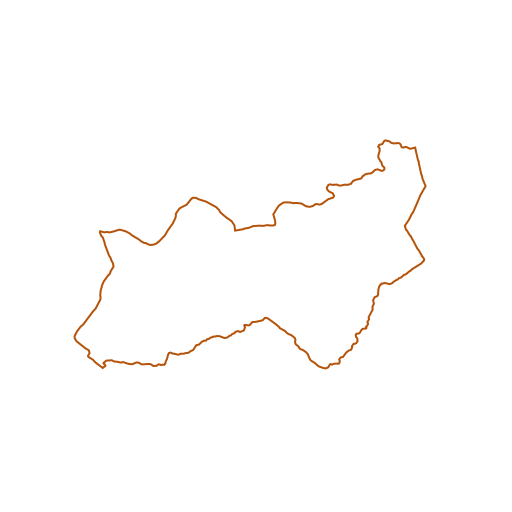 Esquipulas, Chiquimula, Guatemala (orthographic projection), rotated 31°
{"feature_id": "79465075B80702943511797", "entity_name": "Esquipulas", "entity_type": "district", "adm_level": 2, "iso_a3": "GTM", "parent_name": "Guatemala", "parent_adm1": "Chiquimula", "projection": "orthographic", "projection_center": [-89.268, 14.632], "detail": "fine", "context": "isolated", "style": "outline", "palette": "amber", "viewbox_px": 512, "rotation_deg": 31, "n_neighbors": 0, "source": "geoboundaries", "source_scale": "gbopen_adm2", "svg_char_len": 5895}
<svg xmlns="http://www.w3.org/2000/svg" viewBox="0 0 512 512"><g transform="rotate(31 256 256)"><path d="M304.4,97.2L304.5,97.7L304.4,98.6L304.4,99.3L305.2,99.7L305.7,99.7L306.2,99.9L306.7,100.4L307.3,101.4L307.7,101.9L307.9,102.4L308.2,103.6L308.5,104.6L308.8,105.9L309.2,107.0L309.7,108.0L310.3,108.6L311.4,109.3L312.7,110.0L313.2,110.3L313.7,110.7L314.8,110.9L315.6,111.4L316.2,112.1L316.6,112.5L317.1,112.9L317.6,113.3L318.1,113.6L318.6,113.7L319.5,113.9L320.4,114.1L321.0,114.8L321.3,115.5L321.3,116.0L321.2,116.6L320.9,117.2L320.6,117.7L320.0,118.2L319.4,118.5L318.8,118.6L318.2,118.6L317.6,118.7L316.6,118.8L316.0,119.0L315.4,119.3L314.8,119.8L314.1,120.5L313.5,121.4L313.2,122.7L313.0,123.8L312.5,124.9L312.0,125.9L311.5,126.4L310.0,127.4L309.0,128.3L308.6,128.7L307.9,129.3L307.5,130.0L307.2,130.9L307.0,131.4L306.8,131.9L306.3,132.5L306.3,135.3L302.2,139.4L300.6,141.6L300.1,145.4L297.9,147.8L295.1,149.3L292.4,152.0L290.7,152.9L288.6,153.1L284.8,155.7L282.3,156.6L281.4,157.9L281.6,161.2L283.1,162.5L285.4,163.1L289.3,162.7L291.9,164.2L292.1,165.0L291.9,166.4L288.7,170.0L285.5,177.6L284.1,179.2L282.6,179.7L280.4,180.7L279.0,183.9L276.7,186.2L273.3,187.6L267.9,187.6L263.0,189.9L260.7,191.6L258.4,192.2L253.3,195.0L251.7,196.5L249.7,200.9L249.4,205.6L249.4,211.4L254.4,216.1L255.9,218.4L256.2,219.8L255.1,220.9L252.3,222.7L250.2,223.4L246.5,226.6L243.5,228.1L238.2,231.8L235.3,235.6L231.8,238.6L231.5,239.4L225.0,245.0L221.8,240.9L217.2,238.7L210.9,238.3L205.2,237.4L202.5,236.8L201.0,235.7L196.7,234.6L185.2,235.1L177.2,237.0L175.0,237.0L172.9,238.0L172.0,238.5L172.0,239.1L171.2,239.7L170.1,247.9L167.6,251.7L165.9,254.7L165.5,261.1L166.4,262.3L167.3,264.7L167.9,271.0L167.2,279.3L167.3,285.4L165.2,294.2L164.6,294.9L164.6,296.0L162.7,298.7L159.9,300.9L157.0,301.7L155.4,301.5L153.4,302.4L150.4,302.6L147.1,302.1L139.5,302.2L136.2,301.7L131.9,301.9L126.8,303.2L126.0,303.5L125.1,304.0L121.2,308.4L118.4,311.2L116.2,312.0L113.6,313.9L110.8,314.7L109.7,315.0L109.9,315.9L110.3,316.4L110.8,316.8L112.9,318.4L115.3,319.1L118.2,321.6L118.8,322.0L120.5,323.9L129.9,331.4L132.3,332.5L134.2,334.2L136.7,335.6L138.5,337.4L139.3,338.5L139.3,343.9L139.7,345.5L139.8,347.4L139.3,348.1L138.6,356.4L139.1,360.0L140.7,365.7L142.8,370.1L143.8,371.1L145.0,373.3L145.6,383.6L144.8,387.7L143.4,401.2L143.3,403.4L142.1,406.7L141.4,412.8L141.7,416.9L142.1,418.8L143.0,419.9L146.0,421.5L157.2,423.0L161.1,422.9L162.6,424.2L163.3,425.0L163.4,428.1L164.3,428.8L169.7,428.9L173.1,429.9L182.3,430.9L182.3,430.3L182.6,429.6L183.3,428.7L183.5,428.0L183.2,427.3L182.8,427.1L182.3,426.9L181.7,426.9L181.1,426.8L180.6,426.6L180.4,425.9L180.7,425.3L181.0,424.8L181.1,424.2L181.3,423.5L181.5,423.0L181.9,422.6L182.3,422.2L182.9,421.8L183.6,421.4L184.2,421.0L184.9,420.5L185.9,419.7L186.4,419.6L186.9,419.6L187.6,419.6L188.3,419.5L189.0,419.4L190.0,418.9L190.9,418.4L191.6,418.1L192.3,417.8L193.0,417.6L193.6,417.5L194.2,417.3L194.9,417.0L195.4,416.7L195.8,416.3L196.3,415.8L196.7,415.4L197.5,415.1L198.3,415.0L198.8,414.9L199.4,414.9L200.2,414.7L200.7,414.5L201.5,414.3L202.5,414.0L203.5,413.6L204.3,413.3L204.8,413.0L205.5,412.5L206.0,412.1L206.3,411.7L206.9,410.8L207.3,410.2L207.9,409.4L208.6,408.8L209.2,408.4L210.1,408.0L211.0,407.8L211.8,407.8L212.5,407.8L213.1,407.9L213.7,407.8L214.2,407.5L215.5,406.7L219.3,404.0L220.0,403.6L220.7,403.2L221.8,403.0L222.4,403.0L223.3,403.1L224.0,403.2L224.9,403.0L225.4,402.6L226.0,402.1L226.6,401.9L227.2,401.5L227.5,401.0L227.7,400.3L228.0,399.6L228.4,399.0L229.1,398.6L229.7,398.5L230.2,398.5L230.9,398.3L231.3,398.0L231.9,397.3L232.2,396.9L233.5,396.5L233.6,394.4L233.1,393.8L232.7,389.9L231.5,386.2L231.4,384.0L232.5,382.8L235.2,382.5L235.9,382.0L239.6,380.9L241.0,379.9L241.6,378.7L244.6,376.8L245.4,375.7L248.0,373.7L248.8,371.5L250.6,368.8L250.7,363.3L252.7,361.4L253.8,357.3L255.2,355.3L256.8,354.2L256.9,352.6L258.2,351.5L259.1,349.3L260.5,348.0L260.7,347.2L262.6,346.0L263.5,344.9L266.0,343.5L271.1,342.6L272.0,342.0L273.3,340.7L274.3,338.2L275.4,336.9L275.6,335.6L277.3,333.1L277.3,331.8L278.5,330.3L279.7,329.5L281.4,329.4L283.9,326.2L283.4,322.9L282.2,322.0L281.7,321.5L281.8,320.8L285.6,319.2L286.2,318.3L286.9,314.5L289.8,312.5L294.8,307.7L295.4,304.7L296.6,303.7L298.5,303.4L307.8,304.2L312.7,305.0L313.6,305.6L319.4,305.3L322.7,306.2L327.6,305.7L331.4,306.3L333.0,307.5L333.7,309.6L335.1,310.9L336.1,311.3L339.1,311.7L340.2,312.5L342.1,313.0L344.5,312.4L348.6,312.7L351.0,313.5L354.1,315.9L356.7,317.3L361.4,317.4L366.5,318.3L371.1,317.4L373.6,316.5L375.2,314.3L375.2,310.9L375.6,310.2L377.0,310.0L378.3,308.2L382.5,305.5L382.4,303.9L381.5,302.5L380.6,301.9L380.7,299.7L381.2,299.0L382.6,297.7L383.0,292.7L383.9,289.8L385.8,287.3L385.4,284.5L384.8,284.1L384.7,283.3L384.9,281.1L385.8,280.4L386.8,279.3L386.9,276.8L385.4,274.6L383.3,273.7L382.0,272.0L382.2,270.8L384.0,269.6L384.5,268.6L384.5,264.7L385.1,263.3L387.6,261.6L387.7,260.8L386.8,260.2L387.2,258.6L387.0,256.4L385.5,255.2L385.5,251.9L384.1,250.6L383.6,242.0L382.0,239.5L381.6,236.2L379.2,233.6L379.1,232.8L378.9,230.4L380.7,227.6L380.5,226.2L378.3,222.0L377.4,219.1L377.4,216.2L377.9,215.9L378.0,214.8L378.7,214.4L380.4,212.8L385.2,211.2L386.9,208.8L387.1,207.5L388.8,204.1L389.4,203.5L390.0,201.4L391.4,199.8L392.6,195.9L393.9,194.4L395.6,189.5L396.3,188.6L396.4,187.2L401.4,177.5L402.3,173.3L401.9,172.3L400.1,171.1L399.3,171.1L392.9,167.4L390.4,166.5L382.6,161.7L381.1,161.0L378.3,159.2L377.3,159.1L373.0,156.8L372.0,156.3L371.0,156.2L368.0,153.4L368.4,146.5L367.9,139.3L368.2,138.0L366.3,123.8L365.6,119.5L365.4,108.9L364.8,108.2L364.2,107.9L358.8,103.9L356.5,101.3L355.4,100.7L347.6,92.4L346.8,91.1L345.7,90.6L342.1,86.9L340.5,85.3L336.6,81.1L332.8,84.8L329.0,85.1L328.0,85.4L326.3,87.3L324.8,87.7L322.3,85.8L321.2,85.6L320.6,85.6L319.3,86.2L318.5,86.9L315.8,88.7L313.7,89.3L311.0,89.1L307.4,90.2L306.7,91.4L306.6,95.0L304.4,97.2Z" fill="none" stroke="#b45309" stroke-width="2"/></g></svg>